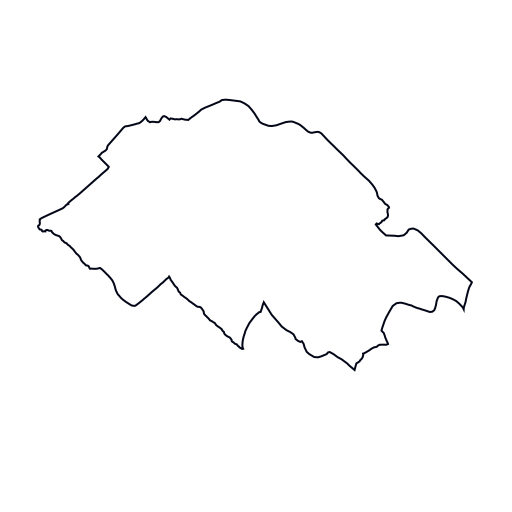 Banteay Meas, Kâmpôt, Cambodia, rotated 135°
{"feature_id": "14789045B96186957930453", "entity_name": "Banteay Meas", "entity_type": "district", "adm_level": 2, "iso_a3": "KHM", "parent_name": "Cambodia", "parent_adm1": "Kâmpôt", "projection": "robinson", "projection_center": [104.619, 10.653], "detail": "fine", "context": "isolated", "style": "outline", "palette": "ink", "viewbox_px": 512, "rotation_deg": 135, "n_neighbors": 0, "source": "geoboundaries", "source_scale": "gbopen_adm2", "svg_char_len": 6122}
<svg xmlns="http://www.w3.org/2000/svg" viewBox="0 0 512 512"><g transform="rotate(135 256 256)"><path d="M146.8,71.5L145.8,72.4L143.3,73.8L140.5,75.2L138.0,76.9L134.5,79.1L130.9,81.2L128.5,82.5L126.7,83.3L124.7,83.8L123.2,84.3L121.9,84.8L122.3,97.1L122.9,105.2L123.1,111.1L123.1,138.6L123.2,149.3L123.1,155.2L123.5,159.7L125.2,164.0L127.2,165.7L129.4,166.7L132.9,165.9L136.9,166.2L141.3,169.3L143.6,172.2L149.5,178.6L149.8,183.8L149.8,187.0L149.0,193.6L147.7,193.7L147.3,192.6L146.6,191.6L145.8,191.7L144.6,191.4L143.7,191.3L142.6,191.4L141.8,191.7L141.2,191.4L140.2,190.6L139.2,190.9L136.4,190.5L135.1,190.6L134.0,191.3L133.2,192.2L132.1,194.0L131.3,194.8L130.6,195.5L130.0,196.0L129.0,196.1L127.8,196.1L127.3,196.9L127.3,197.9L127.1,198.9L127.4,200.0L127.8,201.4L127.7,202.5L127.5,203.6L127.2,206.8L128.0,208.8L128.2,209.9L127.5,212.6L125.7,215.3L125.1,216.6L123.9,220.5L123.3,224.0L123.0,228.1L122.9,229.5L123.3,235.5L123.4,240.6L123.3,242.5L123.3,247.6L123.3,250.8L123.4,254.9L123.3,261.0L123.1,265.5L123.3,274.1L123.3,278.8L123.4,283.5L123.4,288.3L123.1,296.5L123.8,299.1L124.6,300.2L126.7,301.8L129.0,303.3L130.3,304.7L131.3,307.4L131.5,310.4L131.6,312.7L132.1,317.3L132.6,319.2L134.3,323.4L135.5,325.7L137.7,327.7L140.2,329.6L143.2,331.1L145.4,332.2L149.3,334.1L153.0,336.8L155.1,339.2L156.3,341.7L157.7,344.7L158.3,346.6L158.5,348.9L157.9,350.6L157.3,353.5L156.3,357.7L155.6,362.6L155.3,367.3L156.1,371.5L157.0,374.4L157.9,376.6L160.3,379.7L164.8,385.5L167.2,388.3L169.9,390.4L172.7,390.9L176.2,392.4L179.3,393.6L182.9,395.1L186.8,396.8L191.4,398.3L193.5,398.3L199.1,398.9L204.4,399.8L207.7,400.1L209.7,402.5L211.8,405.9L212.9,406.3L214.2,407.4L215.4,408.9L216.8,410.0L217.3,411.0L218.2,412.4L219.2,413.7L220.8,413.6L221.0,416.0L221.2,417.9L222.0,419.8L223.2,420.5L225.3,420.3L228.6,419.3L230.1,419.5L230.8,420.0L232.0,421.3L233.1,422.8L234.1,423.9L235.2,424.9L236.4,425.6L236.9,427.8L236.8,429.1L236.1,431.4L235.9,432.3L238.0,432.1L240.4,432.0L243.1,432.2L245.0,432.7L246.6,433.8L247.9,434.4L254.6,438.4L256.2,439.7L257.3,440.3L259.2,440.5L268.0,439.8L277.6,439.2L282.4,438.9L283.9,438.4L285.0,437.6L286.2,437.0L288.1,437.0L289.1,437.3L292.4,438.0L293.8,437.8L296.0,437.8L297.0,437.8L296.8,435.9L297.0,433.5L297.0,431.1L297.0,428.6L297.0,426.4L297.0,424.4L297.1,423.1L299.2,422.5L301.8,422.6L307.9,423.1L311.2,423.2L314.3,423.5L335.9,424.8L339.6,425.1L342.3,425.5L345.0,425.7L347.1,426.0L349.9,426.2L351.9,426.2L352.0,425.5L354.1,426.3L356.1,426.2L358.1,426.3L359.2,426.5L360.8,427.1L362.8,427.8L367.8,429.7L371.0,430.9L373.7,431.9L380.7,434.4L383.1,434.8L383.7,434.0L384.6,433.4L385.4,432.3L386.1,431.6L387.4,431.1L388.4,431.4L389.3,431.0L389.7,430.1L390.0,429.0L390.1,427.6L389.6,427.0L389.1,426.1L389.6,425.1L389.4,424.0L388.3,423.3L387.5,422.3L386.9,422.8L386.0,422.7L385.0,421.8L384.7,420.7L384.1,419.8L383.4,419.1L382.9,418.4L383.4,417.0L383.4,415.6L383.3,414.5L382.9,412.8L382.5,411.9L381.9,410.8L381.1,409.1L381.1,407.6L381.5,406.0L381.9,404.8L382.0,404.0L381.7,403.1L381.8,400.9L380.9,398.9L381.1,397.8L381.0,396.4L380.7,395.3L380.7,392.3L380.6,390.2L380.7,389.0L381.3,385.1L381.1,382.7L381.2,380.4L381.5,379.0L382.4,377.2L382.7,376.0L382.8,375.2L382.9,373.2L382.8,372.3L382.8,369.5L382.2,368.8L381.7,367.9L381.6,366.9L382.2,365.4L382.4,364.4L380.7,362.8L379.6,361.5L378.8,360.7L377.5,359.5L376.2,358.7L374.8,357.9L374.6,356.9L374.4,355.4L374.3,351.4L374.4,349.0L374.3,347.0L374.5,343.4L374.8,340.8L375.2,339.1L375.7,337.8L376.3,336.4L377.3,334.4L378.2,332.9L379.0,331.5L379.7,330.0L380.1,328.7L380.6,327.4L380.8,326.2L380.9,324.0L381.1,322.3L381.0,319.5L380.7,317.4L380.4,315.4L379.7,312.3L379.5,311.3L379.1,309.6L378.6,308.4L377.1,306.6L376.5,306.2L375.6,306.0L372.8,305.6L367.5,305.0L365.7,304.9L361.4,304.5L354.9,304.2L348.9,303.6L346.2,303.5L343.4,303.5L340.2,303.1L337.6,303.1L335.9,303.1L333.1,302.6L332.0,302.9L332.2,301.9L332.5,300.9L333.2,299.5L333.5,297.3L334.4,292.6L334.5,291.4L334.3,289.9L334.5,288.7L335.1,287.2L335.7,285.9L335.8,285.0L335.6,283.8L336.2,282.5L336.3,281.5L335.9,279.7L335.7,277.7L335.2,275.2L335.1,274.0L335.0,271.1L334.5,268.9L334.3,267.2L334.0,265.8L333.7,263.6L333.6,262.6L333.2,261.5L331.8,259.7L331.4,258.7L331.6,256.8L332.0,254.5L332.5,253.3L333.2,252.6L333.7,251.6L333.8,249.0L333.7,248.1L333.8,247.0L333.7,245.9L334.0,242.8L333.5,241.8L333.3,241.0L333.1,240.0L332.5,237.4L332.9,236.1L333.0,234.8L332.6,232.4L332.3,231.0L332.1,229.5L332.0,228.3L332.5,227.2L332.5,226.2L332.4,225.0L333.2,223.7L333.4,222.4L333.3,220.8L333.1,219.6L332.8,218.7L332.4,217.7L332.2,216.4L332.5,214.1L333.2,213.2L333.4,212.2L333.0,211.0L333.0,209.6L332.8,208.4L332.1,207.3L332.3,205.8L332.3,204.7L332.1,203.9L332.3,203.2L332.1,202.4L331.8,201.2L331.6,200.2L330.7,199.5L330.1,200.9L328.9,202.4L326.3,204.7L324.2,206.2L321.8,207.7L318.6,209.3L316.7,210.4L313.2,211.7L307.9,213.3L302.2,214.1L299.5,214.4L296.6,214.4L295.7,214.2L294.3,214.1L293.4,214.0L292.3,213.2L288.3,215.1L286.5,216.3L283.2,217.8L286.5,203.2L287.2,192.8L287.7,188.0L286.9,182.0L285.5,177.8L284.9,174.1L286.0,170.4L286.7,169.3L286.3,166.1L285.4,163.9L283.8,163.3L284.5,160.1L286.3,157.0L287.9,152.4L287.7,149.0L286.3,143.4L283.8,140.5L280.8,138.9L275.5,136.7L273.3,136.9L271.8,136.0L270.6,131.9L269.8,126.7L268.5,122.4L267.5,115.5L267.5,112.3L266.9,105.7L263.3,107.8L262.6,108.2L260.8,109.1L259.2,108.6L257.2,108.3L256.1,108.6L253.9,108.6L251.9,109.1L251.2,109.6L250.1,110.2L249.3,111.3L248.5,110.8L246.5,110.2L242.6,109.2L239.9,108.8L237.1,107.9L234.8,106.4L233.2,106.4L231.3,105.8L228.9,103.5L226.6,101.1L224.9,100.4L224.4,101.3L223.4,104.1L222.2,107.0L221.0,109.2L220.1,111.3L220.1,114.4L219.4,114.9L217.6,115.9L211.1,119.1L207.4,120.5L202.3,122.0L198.5,123.0L194.7,124.0L190.2,123.3L188.8,122.4L187.3,121.2L186.2,120.1L184.2,116.8L182.6,113.6L181.8,112.2L181.3,111.6L181.0,110.9L180.3,108.7L179.2,106.1L178.3,104.3L177.5,103.1L176.8,101.5L176.0,100.0L174.7,97.6L172.7,93.5L170.8,92.0L168.3,91.6L165.8,92.7L163.2,94.2L160.3,96.3L157.3,97.7L155.7,98.1L154.6,97.7L153.0,96.4L151.3,94.1L149.8,91.6L148.5,89.1L147.2,85.7L146.3,82.6L146.0,78.8L146.1,73.6L146.8,71.5Z" fill="none" stroke="#020617" stroke-width="2"/></g></svg>